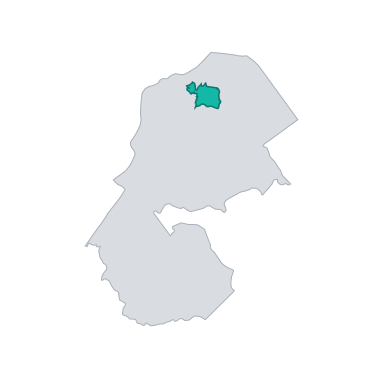 Mulobezi, Western, Zambia (highlighted), rotated 144°
{"feature_id": "96606910B3196683578902", "entity_name": "Mulobezi", "entity_type": "district", "adm_level": 2, "iso_a3": "ZMB", "parent_name": "Zambia", "parent_adm1": "Western", "projection": "mercator", "projection_center": [24.85, -16.28], "detail": "fine", "context": "in_parent", "style": "filled", "palette": "teal", "viewbox_px": 384, "rotation_deg": 144, "n_neighbors": 0, "source": "geoboundaries", "source_scale": "gbopen_adm2", "svg_char_len": 7697}
<svg xmlns="http://www.w3.org/2000/svg" viewBox="0 0 384 384"><g transform="rotate(144 192 192)"><path d="M248.5,248.1L233.9,248.1L228.6,249.3L224.2,251.1L219.0,254.0L216.0,255.9L215.2,257.1L214.7,259.5L214.7,263.2L214.2,265.9L212.6,268.4L204.7,271.4L199.5,273.8L194.5,276.7L190.6,280.5L188.0,285.1L183.6,290.9L174.5,301.2L169.2,303.1L164.7,302.6L159.4,300.5L155.1,300.1L152.0,301.4L149.1,301.0L146.4,298.8L144.2,298.1L142.4,298.6L140.0,298.5L135.8,297.4L132.2,293.7L130.2,292.2L128.6,291.6L124.3,291.0L114.2,290.2L103.8,292.0L94.6,293.8L85.3,285.7L76.3,277.1L74.4,274.9L71.0,272.0L68.6,270.6L67.6,269.9L65.2,262.2L63.9,255.2L63.9,188.3L104.7,188.3L107.4,188.0L107.5,187.3L105.6,183.7L105.7,182.5L106.2,180.1L108.0,175.2L108.1,173.6L107.3,168.4L107.4,165.5L107.8,159.6L107.6,157.6L108.5,155.0L108.8,153.2L109.2,152.4L108.8,150.4L107.9,143.4L107.5,140.5L109.9,141.0L110.7,142.4L111.2,144.0L112.3,144.0L115.2,145.0L116.2,146.3L116.9,149.1L116.5,150.5L115.5,151.7L116.5,152.7L118.4,153.4L119.6,153.2L122.9,151.3L125.9,150.6L127.4,150.1L134.2,148.8L135.5,148.1L136.5,148.1L137.1,148.7L136.5,150.7L136.3,152.4L137.2,155.8L137.8,157.3L139.2,158.4L140.2,159.0L141.4,160.2L143.7,160.0L148.9,161.7L150.5,162.5L152.6,163.3L154.2,163.6L159.5,164.2L165.2,165.1L168.1,165.2L170.1,165.0L171.6,164.5L172.5,164.0L172.9,163.5L175.0,157.2L176.1,156.7L177.5,156.3L178.3,156.9L179.2,160.9L183.3,164.5L184.7,167.6L185.7,170.1L186.6,170.9L188.1,171.8L190.6,172.1L192.8,172.2L203.8,176.6L205.0,177.4L206.4,179.8L207.2,182.4L208.0,184.5L209.4,185.0L210.7,185.1L212.0,186.6L212.9,187.8L216.2,193.1L216.6,195.2L218.2,196.5L220.3,197.1L222.3,197.2L223.4,196.6L226.3,195.5L228.4,194.3L230.0,193.8L231.0,194.1L231.7,195.0L232.2,197.6L233.7,198.5L234.9,198.1L235.3,197.1L235.4,196.6L235.3,169.3L234.3,169.4L233.1,170.2L230.2,170.3L229.0,170.9L228.7,171.8L228.9,172.9L229.0,174.4L228.5,175.2L227.3,175.4L225.4,174.9L222.1,174.1L219.3,173.6L217.3,171.6L214.6,168.5L212.8,166.9L208.6,163.7L207.8,163.1L206.5,161.6L205.4,159.0L204.4,156.1L203.8,154.2L204.8,151.3L207.3,141.9L207.9,139.0L210.0,136.0L210.1,133.3L209.3,129.9L209.5,128.0L209.8,117.3L209.2,113.9L207.8,110.2L204.7,104.9L204.7,103.8L209.5,100.4L210.9,99.1L213.4,96.4L215.0,94.1L216.1,92.2L216.4,89.7L215.6,87.4L217.3,86.9L256.3,80.9L256.9,82.5L258.0,85.2L259.4,87.1L261.1,88.9L262.5,89.9L263.4,90.2L269.5,90.1L271.6,91.1L273.5,92.5L274.0,94.5L275.2,95.8L276.5,96.8L277.1,96.9L278.1,96.7L279.7,96.7L281.2,97.1L281.9,97.5L282.0,99.3L282.4,100.0L284.5,100.3L286.5,100.5L288.5,101.6L290.7,101.8L293.2,102.3L294.4,103.5L297.0,104.8L300.3,106.0L303.9,107.9L304.0,108.5L304.6,109.6L305.2,110.4L305.2,111.6L305.5,112.7L306.5,112.9L307.2,113.0L307.9,112.2L308.9,112.2L309.9,112.7L310.3,114.0L311.1,115.7L312.4,116.9L313.3,118.0L313.0,120.0L312.5,121.9L314.3,123.8L316.6,125.5L317.2,126.3L317.4,128.9L317.8,129.8L319.4,132.0L320.1,133.4L320.1,134.2L315.8,138.5L313.2,139.2L312.1,140.1L311.4,141.0L313.1,145.3L314.0,146.9L313.2,148.9L311.5,152.4L310.7,152.7L310.6,155.3L311.1,156.3L312.0,157.1L312.3,158.8L312.2,163.3L311.2,168.3L313.1,172.7L313.8,173.2L316.4,173.2L316.9,173.6L316.2,174.8L314.4,176.8L311.0,178.3L306.1,179.9L305.1,181.5L304.4,183.8L305.0,185.2L305.6,186.0L305.4,188.0L305.0,190.1L305.1,191.8L304.9,193.3L304.3,194.0L303.4,196.3L302.4,198.5L301.6,199.6L300.3,200.6L298.4,201.5L298.4,202.0L300.6,203.0L301.2,203.8L301.4,204.3L300.5,205.4L301.5,206.1L302.7,206.7L303.9,208.2L305.2,211.0L305.5,211.3L305.8,211.3L306.6,211.0L307.9,209.9L308.9,209.5L310.1,211.1L289.7,218.1L284.9,219.5L277.8,222.0L275.4,222.9L273.6,223.9L254.6,229.4L251.6,230.4L244.9,233.2L244.7,233.7L244.8,235.0L245.4,237.6L246.5,240.0L247.5,241.4L248.2,245.0L248.5,248.1Z" fill="#d9dde1" stroke="#a8b0b8" stroke-width="1"/><path d="M139.6,258.5L138.9,258.7L138.4,258.7L137.7,258.4L137.0,258.1L136.3,257.8L134.8,257.3L134.4,257.4L133.6,257.5L133.3,257.6L133.0,257.6L132.4,257.5L132.2,257.4L131.8,256.6L130.8,256.1L130.7,255.8L130.6,255.7L130.3,255.0L130.3,254.2L130.0,253.4L129.9,252.9L129.7,252.5L129.5,252.2L129.2,251.8L128.7,251.5L128.2,251.3L127.4,251.0L126.6,250.7L126.3,250.5L126.0,250.1L125.5,249.4L123.9,246.8L123.7,246.5L123.4,246.1L123.1,245.7L122.8,245.2L122.5,244.9L122.3,244.6L121.9,244.3L121.4,244.5L121.1,244.6L120.7,245.0L120.4,245.3L120.2,245.3L119.8,245.6L119.8,245.8L119.7,245.9L119.5,246.3L119.3,246.3L119.2,246.5L118.9,246.5L118.7,246.7L118.5,246.9L118.4,247.2L118.1,247.3L117.9,247.4L117.8,247.5L117.6,247.6L117.4,247.7L117.1,247.8L117.0,247.7L116.9,247.7L116.7,247.5L116.5,247.8L116.4,247.8L116.3,248.0L116.2,248.2L116.2,248.3L115.9,248.3L115.8,248.5L115.7,248.5L115.8,248.9L115.8,249.1L115.7,249.2L115.6,249.4L115.6,249.5L115.4,249.7L115.6,249.9L115.6,250.0L115.6,250.4L115.6,250.6L115.5,250.8L115.6,251.2L115.5,251.3L115.4,251.3L115.2,251.5L115.1,251.8L115.1,252.1L114.8,252.4L114.7,252.4L114.6,252.6L114.5,252.8L114.3,253.1L114.2,253.2L114.2,253.3L114.2,253.5L114.1,253.8L113.9,253.9L113.8,254.0L113.6,254.2L113.6,254.3L113.5,254.5L113.4,254.6L113.3,254.8L113.0,255.0L112.8,255.3L112.7,255.4L112.5,255.6L112.4,255.7L112.3,255.8L112.1,256.0L111.9,256.1L111.8,256.3L111.7,256.3L111.5,256.5L111.3,256.6L111.2,256.6L111.1,256.8L110.8,257.0L110.7,257.2L110.7,257.3L110.6,257.5L110.6,257.9L110.6,258.0L110.5,258.3L110.5,258.5L110.4,258.7L110.5,258.7L110.5,258.8L110.4,258.9L110.4,259.2L110.3,259.4L110.4,259.6L110.4,259.8L110.4,260.0L110.5,260.1L110.4,260.2L110.5,260.3L110.4,260.4L110.5,260.5L110.4,260.5L110.4,261.0L110.4,261.3L118.1,268.8L116.9,272.1L117.0,272.2L117.3,272.1L117.6,271.9L117.9,271.9L118.4,271.5L118.8,271.5L119.1,271.4L119.7,271.4L120.0,271.3L120.4,271.2L122.0,272.0L121.9,272.4L121.7,273.1L121.1,274.0L123.1,273.5L124.6,273.3L125.5,273.1L126.2,272.7L126.5,272.4L127.6,271.8L128.5,271.9L128.8,272.0L129.2,272.5L128.8,272.9L128.7,273.0L128.3,273.6L128.2,273.8L128.2,274.3L128.1,274.5L127.8,274.8L127.6,275.0L127.3,275.3L127.2,275.4L127.1,275.7L126.9,275.8L126.8,276.0L127.0,276.4L126.9,276.5L126.8,276.9L126.7,277.0L126.2,277.7L126.2,278.7L126.2,278.9L126.9,280.0L126.9,280.3L127.0,280.4L127.1,280.7L127.6,280.4L128.0,279.9L128.4,280.0L128.8,280.1L129.1,280.1L129.6,280.1L129.8,280.1L130.0,280.1L130.5,280.1L131.0,280.1L131.3,280.2L131.5,280.2L131.8,280.1L132.6,280.5L133.7,281.0L133.8,281.0L133.8,280.9L134.0,280.8L134.0,280.7L134.0,280.4L133.9,280.4L134.0,280.2L133.8,279.9L133.7,279.9L133.6,279.7L133.6,279.4L133.8,279.0L133.8,278.8L133.9,278.7L133.7,278.5L133.8,278.5L133.7,278.5L133.7,278.3L134.4,279.0L135.7,278.2L136.0,277.2L135.6,275.9L135.1,274.1L135.4,272.4L135.0,272.2L134.9,271.9L134.7,272.0L134.4,272.0L134.2,271.9L133.9,271.9L133.7,271.8L133.8,271.7L132.7,271.5L132.6,271.4L132.4,271.5L132.0,271.5L132.1,271.4L132.1,271.2L132.2,270.9L132.3,270.9L132.4,270.7L132.2,270.5L132.1,270.3L132.0,270.1L131.8,270.0L131.7,270.0L131.7,269.9L131.4,269.8L131.3,269.7L131.2,269.5L131.0,269.3L130.8,269.3L130.7,269.2L130.4,269.0L130.3,268.9L130.3,268.6L130.5,268.4L130.6,268.2L130.7,267.9L130.8,267.7L131.0,267.5L131.0,267.4L131.0,267.2L131.3,266.9L131.6,266.7L131.7,266.4L131.8,266.4L131.7,266.3L131.8,266.3L131.8,266.2L132.0,266.1L132.0,265.9L132.2,265.7L132.4,265.5L132.4,265.3L132.6,265.3L132.6,265.2L132.9,265.0L133.0,264.9L133.4,264.5L133.5,264.4L133.9,264.4L134.0,264.3L134.0,264.2L134.1,264.3L134.2,264.1L134.4,264.0L134.4,263.9L134.5,263.8L134.8,263.8L135.0,263.6L135.2,263.4L135.3,263.2L135.5,263.1L135.6,262.9L136.1,262.8L136.4,262.7L136.6,262.5L136.8,262.3L136.6,262.1L136.6,261.6L136.7,261.4L136.8,261.1L136.9,260.9L137.1,260.7L137.3,260.2L137.5,260.1L137.8,260.0L137.9,259.9L138.0,259.6L138.3,259.3L138.5,259.1L138.9,258.9L139.2,258.8L139.2,258.7L139.4,258.7L139.6,258.5L139.6,258.5Z" fill="#14b8a6" stroke="#0f766e" stroke-width="1.5"/></g></svg>